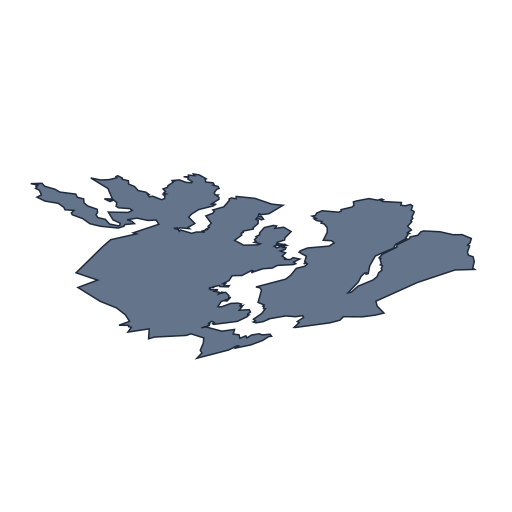 the district of Lenvik nor, Troms, Norway, rotated 354°
{"feature_id": "86288312B95435650072468", "entity_name": "Lenvik nor", "entity_type": "district", "adm_level": 2, "iso_a3": "NOR", "parent_name": "Norway", "parent_adm1": "Troms", "projection": "equal_earth", "projection_center": [17.855, 69.38], "detail": "fine", "context": "isolated", "style": "filled", "palette": "slate", "viewbox_px": 512, "rotation_deg": 354, "n_neighbors": 0, "source": "geoboundaries", "source_scale": "gbopen_adm2", "svg_char_len": 6129}
<svg xmlns="http://www.w3.org/2000/svg" viewBox="0 0 512 512"><g transform="rotate(354 256 256)"><path d="M186.5,351.5L219.0,346.6L227.6,343.4L229.0,343.5L226.3,345.4L241.4,343.9L253.8,340.7L260.1,337.5L263.1,337.5L261.9,335.3L253.8,335.1L251.2,333.7L243.3,334.1L238.4,336.5L237.6,334.3L231.4,336.2L230.9,332.6L225.2,331.2L227.0,326.8L214.2,327.2L198.7,321.3L194.1,321.7L202.9,320.2L201.0,320.0L202.9,318.7L201.9,317.9L205.1,316.3L207.4,317.8L205.7,318.8L206.9,319.6L230.5,319.1L240.7,315.5L242.5,314.1L241.4,314.2L241.7,312.9L244.6,311.2L243.7,308.7L233.6,308.2L237.7,304.0L234.6,304.8L236.7,303.8L235.0,303.7L236.5,302.2L233.2,301.0L226.1,300.5L216.1,303.0L212.8,302.4L216.5,297.7L222.0,296.3L220.9,297.4L222.5,297.7L226.6,294.3L224.4,294.8L224.9,292.5L222.0,288.9L218.2,289.3L219.0,288.6L218.0,288.3L214.5,290.0L215.4,288.2L210.9,286.8L212.4,286.4L211.3,285.7L213.1,285.9L214.0,285.7L214.1,285.4L207.0,284.8L206.2,283.9L207.9,283.0L206.5,282.8L206.0,282.5L210.0,283.0L211.3,282.7L209.3,282.2L216.5,281.5L216.9,282.6L225.3,283.8L226.3,282.7L221.7,282.5L221.1,281.6L222.7,280.5L220.4,280.0L226.5,277.7L230.2,273.1L239.9,273.9L250.3,269.9L251.6,270.4L250.1,271.7L250.2,272.0L250.7,272.1L251.1,272.1L250.2,271.9L261.5,269.4L270.7,269.7L276.4,267.6L292.2,268.4L294.7,267.8L292.8,266.0L299.1,263.6L292.7,261.5L289.9,263.1L283.3,262.2L285.4,261.7L282.0,258.8L285.8,256.0L280.7,253.6L285.6,252.6L286.7,250.8L282.4,250.3L285.1,249.3L284.2,248.5L277.5,250.1L275.1,248.2L277.7,247.6L276.8,246.5L279.8,248.0L287.6,248.6L285.9,247.3L281.9,247.7L282.9,246.9L278.0,245.8L278.7,245.0L277.7,244.8L286.1,243.1L286.7,240.9L293.5,235.4L286.6,230.3L277.6,230.5L279.6,228.3L276.6,227.4L267.2,228.6L262.0,233.4L261.9,235.2L258.0,236.7L258.8,237.4L256.2,239.6L257.8,241.8L257.3,242.1L256.8,241.8L255.6,242.2L261.4,244.3L258.8,245.1L244.9,244.0L236.3,238.2L244.0,233.7L243.6,231.9L245.8,231.2L245.7,229.9L256.2,228.9L256.2,227.6L261.4,224.0L261.9,220.8L259.7,219.4L260.9,218.2L265.2,220.6L267.4,220.1L265.6,217.2L262.3,216.8L263.1,215.3L264.2,214.7L263.0,214.8L262.4,214.6L264.2,214.5L264.9,215.4L273.3,215.3L288.1,208.4L277.0,206.0L260.8,198.5L242.5,194.7L242.2,197.0L237.6,195.7L235.2,196.5L235.3,197.9L229.0,203.8L217.9,205.7L219.3,207.2L217.4,209.0L210.3,210.9L214.9,218.8L211.5,221.5L212.5,222.6L209.7,223.9L211.3,224.4L204.1,225.8L206.7,225.8L205.8,226.1L207.7,226.9L199.5,225.9L194.3,226.7L183.6,222.2L182.2,223.4L181.3,221.4L177.1,219.9L180.7,219.8L181.4,221.3L183.3,220.0L192.8,221.9L191.4,220.4L198.6,217.3L193.1,210.3L196.5,207.4L204.0,203.8L219.0,201.7L218.9,200.7L220.0,200.9L220.7,200.8L220.3,200.8L221.3,200.5L221.3,200.3L217.1,199.6L225.1,195.7L225.3,194.0L223.7,192.4L224.8,191.4L221.7,191.0L221.1,188.7L223.8,185.7L226.3,185.0L225.7,183.0L220.7,181.0L221.7,180.4L220.9,178.7L213.8,177.2L213.4,174.6L214.6,174.1L208.2,169.5L202.4,167.9L203.5,169.7L197.2,168.5L197.3,170.1L192.3,169.6L196.9,170.8L196.3,172.3L200.4,175.5L199.5,176.4L193.9,175.4L187.8,172.3L181.4,172.2L182.4,172.8L180.7,172.9L181.3,174.0L175.8,176.8L175.3,178.4L170.5,179.6L172.8,182.3L170.6,183.8L173.2,184.9L170.2,185.5L171.6,186.5L171.1,189.3L168.0,190.1L159.4,185.7L156.1,186.0L154.7,183.8L156.1,183.7L153.2,181.0L145.6,178.6L142.5,174.2L136.8,171.1L137.0,167.9L131.1,165.7L131.1,164.4L126.8,161.7L125.0,162.4L125.7,163.7L117.7,164.7L109.6,164.2L99.8,161.1L115.8,173.4L119.2,184.3L111.2,183.3L116.5,186.6L118.9,185.9L116.7,184.7L119.5,184.6L123.1,188.4L122.1,191.9L124.4,193.7L135.4,195.7L137.8,197.6L133.5,199.3L113.7,196.9L117.6,205.1L124.3,209.2L123.8,211.3L122.2,211.6L113.7,208.9L109.9,203.7L102.8,201.4L101.2,198.3L103.0,196.2L102.9,192.9L93.9,188.7L90.5,185.2L90.6,181.2L84.5,179.0L83.2,175.6L67.6,171.9L62.9,168.5L53.2,164.6L50.7,161.3L39.5,160.5L46.5,162.6L44.5,163.6L45.4,164.5L43.8,165.7L47.4,167.9L49.0,172.8L44.3,174.6L51.8,179.3L64.7,182.9L69.9,187.4L70.9,190.1L79.7,191.6L76.8,193.9L77.6,195.8L87.6,200.7L94.1,206.5L104.5,210.2L121.9,213.8L127.8,212.6L128.9,211.0L138.5,211.1L136.2,208.5L131.6,206.5L141.6,205.9L152.4,209.4L160.5,209.8L162.7,214.3L136.4,220.1L139.5,221.5L113.2,224.6L104.5,230.7L75.3,253.9L96.0,263.4L75.6,268.7L96.3,284.8L111.9,293.1L120.0,300.9L123.4,307.8L112.5,310.5L122.1,311.7L122.0,313.0L124.6,313.9L120.6,318.3L142.2,317.3L140.5,327.1L146.6,326.0L178.3,327.7L183.2,326.6L195.5,332.0L194.5,337.1L190.7,343.9L192.1,346.8L186.5,351.5ZM472.1,292.2L470.3,290.6L472.5,284.4L471.8,279.5L467.3,277.4L466.7,274.2L469.5,268.3L467.5,267.2L470.2,265.4L472.0,261.1L463.2,256.3L454.1,255.4L441.5,251.1L425.4,248.6L422.4,249.2L419.2,252.3L411.3,253.1L410.6,254.7L397.4,259.6L396.8,262.0L382.1,267.3L378.2,270.7L379.9,271.8L379.0,272.6L379.9,276.8L378.7,277.8L380.8,279.0L379.2,281.5L379.9,283.2L376.3,285.4L374.3,289.2L369.8,292.1L354.3,296.7L347.1,301.9L343.6,302.3L355.1,292.5L358.4,287.2L362.2,284.3L364.1,284.4L363.7,285.6L365.8,285.2L368.1,277.6L374.7,268.4L393.8,262.5L395.9,259.1L407.5,254.2L406.7,253.4L409.1,251.2L408.9,249.9L410.9,249.7L409.2,248.5L413.3,246.4L409.9,242.2L414.5,238.3L413.6,237.0L415.9,235.0L415.2,233.2L417.7,229.4L417.9,228.2L415.1,226.5L417.0,222.6L415.1,220.9L409.6,221.7L405.4,220.6L406.2,218.0L387.5,215.0L386.1,214.0L388.4,213.3L386.7,212.4L382.9,213.2L374.3,210.7L362.2,211.7L358.5,212.3L358.6,215.9L356.7,217.3L345.4,218.8L345.5,220.2L343.0,221.1L326.5,217.9L320.8,219.7L319.4,221.9L315.9,222.2L319.8,225.0L317.7,225.2L319.8,227.0L325.2,228.6L324.1,230.0L327.2,231.3L329.8,235.3L329.3,239.9L324.5,247.4L332.8,248.7L335.1,251.1L329.7,253.8L308.3,253.4L300.7,255.4L299.2,256.7L306.0,261.5L303.9,266.5L304.7,267.3L302.6,268.9L305.0,268.1L306.3,269.2L303.5,271.3L294.8,272.5L288.6,278.7L283.2,282.1L252.7,286.8L256.5,288.0L257.9,290.4L253.2,302.4L259.0,305.5L257.6,306.6L258.7,307.1L257.9,309.0L259.7,309.4L255.7,313.8L246.8,318.6L248.9,320.6L246.4,321.3L248.8,322.5L256.2,322.0L262.6,320.1L260.9,320.0L261.6,319.9L279.4,318.7L288.8,320.5L296.2,320.2L296.9,322.1L290.2,325.5L291.9,326.8L286.4,331.0L288.0,331.2L322.6,330.2L332.8,328.6L336.5,325.5L355.3,327.6L368.3,327.3L377.3,326.1L371.3,318.6L370.5,313.5L413.8,299.2L452.4,290.7L472.1,292.2Z" fill="#64748b" stroke="#1e293b" stroke-width="1.5"/></g></svg>